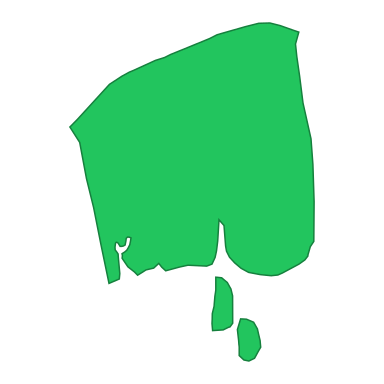 outline of Idid 03, Palau
{"feature_id": "81905179B3672705563325", "entity_name": "Idid 03", "entity_type": "district", "adm_level": 2, "iso_a3": "PLW", "parent_name": "Palau", "parent_adm1": "", "projection": "robinson", "projection_center": [134.485, 7.342], "detail": "fine", "context": "isolated", "style": "filled", "palette": "green", "viewbox_px": 384, "rotation_deg": 0, "n_neighbors": 0, "source": "geoboundaries", "source_scale": "gbopen_adm2", "svg_char_len": 1776}
<svg xmlns="http://www.w3.org/2000/svg" viewBox="0 0 384 384"><path d="M298.8,32.1L292.6,30.0L280.2,25.6L269.9,23.0L258.7,23.3L245.6,26.6L217.2,34.7L209.5,38.6L179.2,51.0L170.8,54.4L164.6,57.5L155.4,60.4L132.6,70.8L129.4,72.1L121.9,76.2L109.5,84.3L101.9,92.6L77.3,119.5L69.9,127.0L79.7,142.4L86.5,178.7L93.6,207.5L100.9,244.3L109.0,283.4L119.3,279.0L119.8,273.6L118.3,257.2L118.1,254.0L116.5,251.6L115.2,250.0L115.0,247.2L115.5,243.3L116.2,242.3L116.9,242.3L118.1,243.1L119.1,244.7L120.1,246.4L121.6,246.4L123.4,246.0L125.1,245.0L125.9,241.1L126.2,238.4L127.4,237.1L129.1,237.1L131.0,237.9L130.5,241.1L129.8,244.7L128.3,247.7L126.8,250.2L124.7,252.0L122.0,253.7L122.4,255.7L122.1,258.2L122.6,259.0L127.9,266.8L134.5,272.0L137.6,275.2L142.3,272.3L146.0,269.9L153.7,268.1L158.8,263.4L161.8,267.2L165.7,270.8L179.7,267.0L188.0,265.2L206.7,266.1L212.0,264.1L215.1,257.4L216.5,250.9L217.7,241.1L219.0,219.8L224.0,225.5L225.6,246.0L226.5,251.2L229.5,257.2L234.6,262.8L241.1,268.3L248.6,272.4L260.2,274.6L271.2,275.7L277.9,275.0L282.4,273.0L299.0,264.1L304.9,259.9L307.9,256.0L307.9,255.0L310.3,246.7L313.8,241.4L314.1,201.8L312.9,164.4L311.0,138.8L303.0,103.0L299.6,76.0L296.8,56.5L295.5,44.0L298.8,32.1ZM212.6,330.6L223.2,329.9L228.5,327.3L230.0,326.9L232.7,323.2L232.6,295.9L230.9,288.9L229.6,286.7L227.3,282.5L224.4,280.1L221.7,277.8L217.3,277.3L215.8,277.2L215.8,289.9L215.5,292.3L214.9,296.2L214.2,304.5L214.1,306.2L212.3,313.6L212.2,319.3L212.0,323.6L212.6,330.6ZM243.2,319.0L240.6,318.9L237.4,329.6L238.6,340.3L238.9,344.3L239.2,346.9L239.2,355.6L243.9,360.0L248.9,361.0L254.5,358.3L256.0,355.6L258.1,351.7L260.7,347.2L260.5,345.1L260.1,340.6L258.6,334.3L257.4,328.9L253.6,322.2L247.9,319.8L246.5,319.2L243.2,319.0Z" fill="#22c55e" stroke="#15803d" stroke-width="1.5"/></svg>